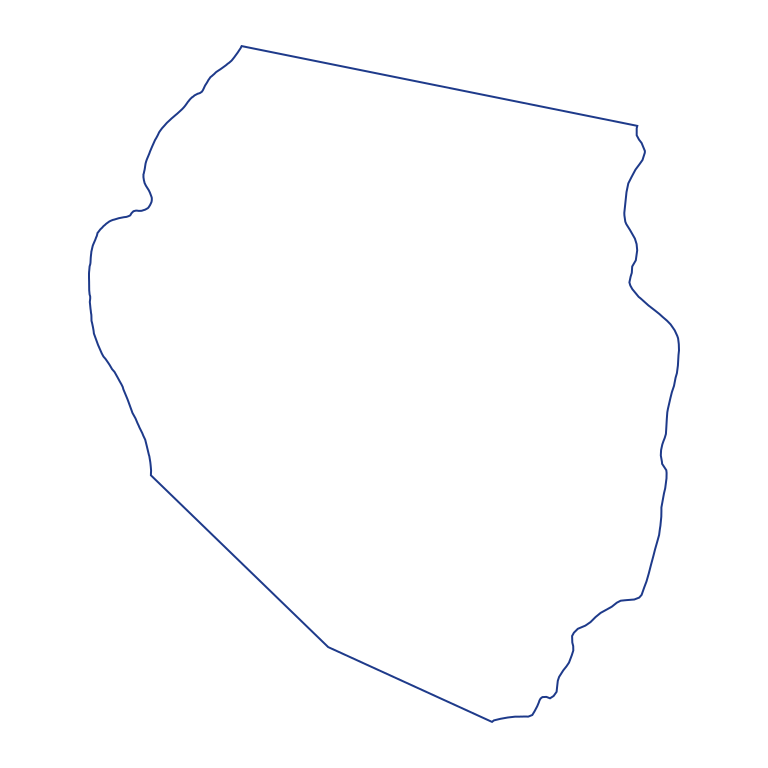 the district of Gayabois, Choiseul, Saint Lucia
{"feature_id": "8701671B55791110195050", "entity_name": "Gayabois", "entity_type": "district", "adm_level": 2, "iso_a3": "LCA", "parent_name": "Saint Lucia", "parent_adm1": "Choiseul", "projection": "robinson", "projection_center": [-61.02, 13.786], "detail": "fine", "context": "isolated", "style": "outline", "palette": "blue", "viewbox_px": 768, "rotation_deg": 0, "n_neighbors": 0, "source": "geoboundaries", "source_scale": "gbopen_adm2", "svg_char_len": 4194}
<svg xmlns="http://www.w3.org/2000/svg" viewBox="0 0 768 768"><path d="M150.9,475.3L328.2,647.1L492.0,721.9L493.9,720.4L500.5,718.8L507.8,717.5L514.8,716.7L522.5,716.6L524.1,716.5L528.3,716.6L532.3,715.0L534.6,711.2L537.2,706.3L538.8,702.5L539.5,700.4L540.6,698.5L542.4,697.1L546.4,696.9L550.0,698.3L553.6,696.0L556.6,691.8L557.1,687.0L557.8,680.8L559.1,676.9L563.3,670.3L566.5,666.3L569.0,662.6L571.8,655.2L573.3,650.5L573.2,646.1L572.3,642.5L572.1,636.0L573.9,632.7L577.8,628.8L585.4,625.6L590.5,622.1L595.5,617.1L600.6,612.9L605.5,610.2L611.8,606.7L616.8,602.7L620.7,600.7L625.6,600.2L634.3,599.5L639.2,597.6L641.6,594.9L644.2,587.5L646.5,581.4L648.8,573.4L650.9,565.2L653.4,555.9L655.1,549.2L657.1,542.2L659.1,535.0L659.9,528.9L660.4,525.8L661.3,516.7L661.4,511.4L661.4,507.5L662.3,502.6L664.0,493.3L665.2,488.3L665.7,484.5L666.5,478.3L666.6,472.9L666.3,470.2L662.1,463.8L662.0,462.2L660.8,455.4L661.1,450.0L662.3,444.5L663.4,441.3L664.7,438.0L665.9,434.0L666.2,429.5L666.8,419.0L667.3,412.3L667.9,409.0L668.9,404.7L670.4,398.1L671.9,392.1L674.0,385.9L675.6,377.6L676.9,373.2L677.9,365.6L678.5,355.1L679.0,350.4L678.8,344.1L678.1,338.4L677.3,336.0L675.0,331.0L674.6,330.2L670.6,324.4L667.1,320.8L662.8,317.1L659.4,314.0L655.0,310.5L648.4,305.4L640.5,298.3L638.7,296.9L632.3,289.1L630.3,285.5L629.4,282.4L630.6,276.7L631.8,272.8L632.2,266.5L635.8,260.3L637.2,250.3L636.6,244.1L634.9,238.6L630.0,230.0L626.3,224.1L625.3,221.7L624.4,215.4L624.3,212.9L625.8,198.7L626.5,192.1L628.3,183.4L631.7,176.7L635.5,169.6L639.6,164.1L642.5,160.0L644.8,152.8L644.9,151.0L641.6,143.0L639.0,139.6L636.7,135.3L636.7,128.3L637.3,125.9L635.5,125.5L241.6,46.1L241.1,47.1L240.6,48.2L239.3,50.1L238.4,51.5L237.6,52.7L236.5,54.2L235.1,56.1L234.7,56.7L234.0,57.6L232.1,60.0L231.5,60.7L229.2,62.7L227.5,63.9L226.4,64.9L225.2,65.8L221.9,68.2L220.2,69.4L218.8,70.3L216.7,71.7L216.0,72.2L214.1,74.1L212.9,75.1L212.4,75.6L210.4,77.2L209.1,79.1L208.6,79.7L207.6,81.5L206.6,83.2L206.2,83.8L205.1,85.5L203.0,90.0L201.9,91.7L200.0,93.0L198.3,93.6L197.7,93.7L197.0,94.1L195.5,94.9L194.5,95.4L193.2,96.6L192.0,97.3L191.5,97.9L190.5,98.7L190.1,99.3L189.4,100.0L188.7,101.0L188.1,101.6L187.0,103.2L185.2,105.7L183.8,107.4L182.2,109.1L177.2,113.7L175.5,115.1L173.3,117.0L171.3,118.7L170.8,119.2L167.0,122.7L165.4,124.5L164.9,125.1L162.0,128.3L160.3,130.6L160.0,131.0L159.7,131.5L159.1,132.3L158.2,134.3L157.5,135.7L156.2,138.1L155.6,139.1L155.1,139.9L152.1,146.6L150.8,149.7L150.1,151.3L149.5,153.0L149.2,153.8L148.2,156.2L147.6,157.6L146.7,159.8L146.5,160.4L146.1,161.6L145.6,163.4L145.3,165.2L144.9,167.9L144.6,169.7L144.3,170.9L144.0,172.3L143.8,173.3L143.4,174.7L143.5,176.1L143.4,176.9L143.6,178.2L143.9,180.2L144.4,182.1L144.5,182.8L145.9,185.7L148.8,190.3L149.9,192.6L151.3,196.3L151.7,197.5L151.8,198.1L151.8,200.1L151.6,201.4L151.4,202.2L150.8,203.5L150.1,205.0L148.7,207.2L148.0,208.0L147.6,208.3L145.6,209.4L144.8,209.8L144.0,210.0L141.6,210.8L138.9,210.9L136.8,210.6L135.4,210.7L134.5,211.0L133.5,211.2L131.7,213.0L131.3,213.5L130.4,215.1L130.0,215.5L129.6,215.7L128.2,216.3L126.4,216.9L123.9,217.2L119.3,218.1L118.8,218.2L114.2,219.6L112.9,219.9L112.4,220.1L111.4,220.5L110.7,220.8L109.3,221.5L107.4,222.9L106.4,223.6L105.8,224.1L105.1,224.8L103.4,226.2L102.2,227.6L100.3,229.4L98.1,232.3L97.6,232.8L97.4,233.5L97.1,234.8L96.8,235.8L96.6,236.5L96.2,237.2L95.3,239.7L94.0,242.7L93.1,244.8L92.7,245.9L91.3,252.0L91.3,252.6L90.9,256.0L90.7,258.3L90.5,262.3L90.3,264.0L89.6,266.4L89.2,271.0L89.1,271.7L89.0,273.5L89.0,277.5L89.1,281.7L89.2,290.2L89.6,294.5L90.1,296.1L90.2,296.8L90.2,298.6L89.8,302.0L90.1,304.7L90.5,308.7L90.8,310.9L91.0,312.9L91.3,314.5L91.4,315.9L91.5,320.8L92.1,323.1L93.0,327.4L93.6,330.8L93.9,333.5L98.0,344.8L101.8,353.5L103.1,355.9L103.5,356.6L105.5,358.9L108.0,362.5L109.6,364.9L112.1,369.2L114.5,371.9L116.9,376.2L117.2,376.7L119.8,381.5L121.4,384.3L122.7,386.9L123.4,389.4L123.7,390.1L127.4,399.0L128.3,401.4L131.9,411.3L132.4,412.8L135.1,417.7L135.5,418.4L137.6,423.4L138.8,425.9L139.4,427.4L142.3,433.2L143.3,435.7L145.2,439.7L146.8,446.1L148.9,454.9L149.3,456.1L150.3,462.2L150.6,464.9L150.8,467.0L151.1,470.8L151.0,472.1L150.9,475.3Z" fill="none" stroke="#1e3a8a" stroke-width="2"/></svg>